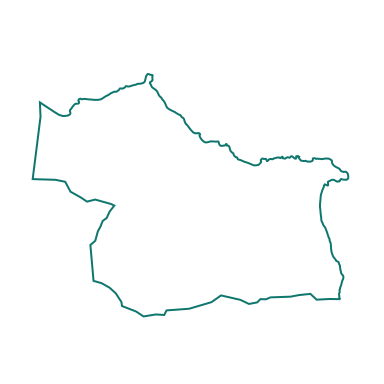 Anse Chastanet, Soufrière, Saint Lucia (Mercator projection), rotated 174°
{"feature_id": "8701671B43516735791505", "entity_name": "Anse Chastanet", "entity_type": "district", "adm_level": 2, "iso_a3": "LCA", "parent_name": "Saint Lucia", "parent_adm1": "Soufrière", "projection": "mercator", "projection_center": [-61.072, 13.864], "detail": "fine", "context": "isolated", "style": "outline", "palette": "teal", "viewbox_px": 384, "rotation_deg": 174, "n_neighbors": 0, "source": "geoboundaries", "source_scale": "gbopen_adm2", "svg_char_len": 5897}
<svg xmlns="http://www.w3.org/2000/svg" viewBox="0 0 384 384"><g transform="rotate(174 192 192)"><path d="M273.5,85.9L260.1,79.0L253.2,73.3L240.8,74.0L232.5,72.6L229.7,76.9L207.0,76.2L184.2,80.4L173.9,86.1L155.2,79.7L147.0,74.7L138.7,75.4L135.2,78.3L129.7,77.6L124.9,79.0L104.9,77.6L96.6,78.3L84.9,78.3L79.3,71.9L66.2,71.2L56.4,70.0L56.1,70.6L56.6,71.3L56.4,72.7L56.5,74.7L56.1,76.0L55.6,76.7L55.6,78.6L55.2,79.4L55.2,79.9L54.8,80.3L54.8,81.0L53.2,84.2L52.5,86.4L51.6,88.4L50.8,89.7L50.4,91.0L50.3,92.0L50.5,93.0L51.4,94.4L51.9,95.2L52.2,96.2L52.3,98.1L52.6,99.0L52.6,103.5L53.3,105.1L53.4,106.3L53.7,107.1L55.7,108.4L56.5,110.2L57.0,110.8L58.1,112.6L58.7,114.3L59.5,117.8L59.6,120.8L59.4,126.3L60.2,129.2L60.1,130.7L60.8,132.4L62.1,138.5L63.1,142.2L63.8,143.6L64.5,144.7L65.1,146.2L65.5,148.0L65.9,148.6L66.3,150.1L66.2,153.7L66.2,154.7L66.3,155.7L66.3,159.6L66.2,160.5L66.3,163.6L66.2,164.6L65.9,166.8L65.4,169.2L65.4,169.7L65.0,171.0L64.9,172.0L64.1,175.7L63.4,177.3L62.4,179.7L61.7,181.1L61.4,181.7L60.9,182.4L60.5,183.0L60.3,183.7L60.2,184.4L59.1,185.7L56.6,184.3L56.2,184.3L55.9,184.6L55.8,185.5L55.8,187.7L55.6,188.0L55.3,188.2L54.9,188.2L51.9,189.4L51.2,189.5L49.8,189.3L46.5,187.1L45.9,187.1L45.5,187.3L44.9,187.4L44.7,187.2L44.1,187.3L43.2,188.7L42.5,189.2L42.2,189.3L41.3,188.7L40.8,188.7L38.5,188.2L37.8,188.2L37.4,188.0L36.5,188.3L35.7,188.7L35.2,189.4L34.9,191.5L35.3,194.2L36.2,195.4L36.8,196.0L38.0,196.2L39.2,196.1L41.5,197.2L41.9,197.7L42.6,199.2L43.5,200.1L46.3,201.9L47.8,203.1L48.6,204.1L49.3,205.2L49.7,206.8L49.6,208.4L50.0,209.1L51.7,210.4L52.7,210.9L54.0,211.1L54.8,211.3L57.2,211.3L57.7,211.2L59.6,211.1L60.8,211.5L62.5,211.7L63.5,212.1L64.8,211.9L65.7,212.3L66.3,212.8L67.1,212.9L68.3,212.6L68.5,211.1L69.3,210.2L70.3,210.0L71.4,209.8L72.9,210.1L73.9,210.1L75.6,211.1L77.1,211.1L78.6,211.3L80.4,211.9L81.1,212.9L81.9,214.3L82.4,215.2L82.2,215.7L81.9,215.9L82.6,216.5L83.1,216.7L83.7,216.5L84.2,216.6L84.6,216.5L84.7,215.2L85.3,214.3L85.8,214.4L86.3,214.6L88.6,216.9L89.6,217.2L91.2,215.9L91.8,216.0L93.0,216.5L93.6,216.6L94.5,216.2L95.6,215.5L96.5,215.6L97.5,215.9L98.2,216.1L98.6,216.9L98.2,217.1L98.2,217.3L98.3,217.5L98.6,217.6L99.8,217.0L100.4,216.5L100.9,216.6L101.6,217.1L102.5,217.3L104.4,217.3L106.5,216.8L107.1,216.9L107.5,216.6L108.3,216.2L108.7,216.2L110.0,216.6L110.9,216.6L111.4,216.5L112.0,216.4L112.2,216.1L112.7,215.8L113.4,215.1L113.7,214.9L113.9,214.9L114.2,215.0L114.7,216.3L114.8,216.6L115.0,216.9L115.2,217.3L116.4,217.3L116.9,217.4L117.2,217.4L118.0,217.8L118.6,217.9L119.6,217.3L120.2,216.5L120.3,215.3L120.1,215.1L120.1,214.9L120.5,214.1L120.7,213.9L122.7,212.2L123.0,212.1L123.3,212.0L123.7,211.9L124.2,212.0L125.1,211.8L126.0,211.9L126.7,211.9L127.8,212.1L128.6,212.5L132.7,214.8L134.1,215.5L136.2,216.3L138.9,217.8L139.8,218.4L141.4,219.1L142.2,219.3L142.6,219.6L143.0,219.9L143.4,220.7L143.5,221.5L143.7,221.8L143.9,221.9L144.6,222.0L145.0,222.2L146.4,223.9L146.6,224.5L146.8,226.0L148.2,227.3L148.9,228.1L149.4,228.9L149.7,230.3L149.9,231.1L149.9,231.7L150.1,232.9L150.2,233.3L150.7,234.0L151.2,234.3L151.8,234.5L152.3,234.5L152.5,235.1L152.5,235.8L152.7,236.0L153.1,236.1L153.4,235.8L154.3,234.9L154.6,234.8L154.8,234.8L155.4,234.9L155.7,234.8L156.0,234.9L157.2,234.7L158.1,234.8L158.8,235.1L159.1,235.3L159.3,235.6L159.8,236.4L160.0,237.1L160.2,238.0L160.2,238.4L160.3,239.1L160.7,239.5L161.1,239.6L162.5,239.5L165.8,240.1L166.5,240.1L167.8,240.4L168.5,240.4L170.1,240.0L172.1,239.8L172.8,239.9L173.2,239.9L174.3,240.3L174.7,240.6L176.7,242.8L177.4,243.9L178.2,245.6L178.5,246.5L178.4,246.8L178.6,247.4L178.6,247.8L177.9,248.6L178.0,248.8L178.6,249.6L179.0,249.8L179.7,250.0L180.8,249.8L182.6,250.1L183.5,250.4L184.0,250.7L184.4,251.0L185.0,251.7L185.7,252.6L186.4,253.5L188.3,256.5L189.3,258.3L190.0,259.3L190.4,259.8L190.7,260.0L191.0,260.5L191.3,261.1L191.7,262.3L191.9,262.8L192.4,265.6L193.2,266.7L194.3,267.5L194.6,267.8L195.2,269.3L195.8,269.8L196.3,270.1L196.7,270.2L197.6,270.8L199.6,272.3L200.3,273.0L200.7,273.3L203.2,274.8L205.5,276.3L206.8,277.3L207.2,277.8L207.6,278.1L207.9,278.5L208.6,280.1L208.8,280.8L209.3,282.5L210.0,284.3L210.4,285.2L210.6,285.6L211.3,286.4L211.8,287.1L212.6,288.9L213.8,290.2L214.7,291.5L214.9,292.0L215.6,294.2L216.1,295.5L216.7,296.5L217.6,297.5L218.7,298.5L219.6,299.3L220.6,300.2L221.0,300.8L221.8,303.3L222.5,304.5L222.5,304.8L222.1,305.6L220.6,306.4L219.6,307.4L219.5,307.6L219.5,307.9L219.5,310.5L219.1,311.3L219.0,311.9L219.2,312.4L219.4,312.5L221.6,313.1L222.1,313.4L222.7,313.8L223.0,313.9L223.4,314.0L224.0,313.7L224.4,313.4L225.0,312.7L225.8,311.2L226.7,308.6L227.1,307.5L227.4,307.0L227.7,306.6L228.1,306.1L228.4,305.9L229.3,305.5L231.1,305.2L231.8,305.1L232.6,305.1L234.8,305.3L235.4,305.1L236.3,304.7L236.8,304.6L239.5,304.3L242.4,303.7L243.1,303.5L244.3,303.6L244.9,303.7L245.6,303.9L246.1,304.1L246.4,304.2L246.6,304.1L247.0,303.9L247.4,303.4L248.0,302.9L249.9,302.2L250.5,302.1L251.2,302.2L252.2,302.5L252.8,302.5L253.3,302.1L253.7,301.4L254.4,300.8L255.0,300.6L256.5,299.7L257.8,299.7L258.8,299.9L260.0,299.5L262.3,298.7L265.3,297.1L266.0,296.9L267.9,296.2L272.1,294.0L272.9,293.7L274.2,293.6L276.2,293.5L279.1,293.8L285.4,295.0L289.5,295.9L291.8,295.7L292.0,295.7L293.0,296.4L293.6,296.4L294.9,295.9L295.5,294.9L294.9,293.4L294.9,293.0L295.1,292.5L295.3,292.1L296.1,291.8L297.1,291.8L297.8,291.9L298.5,291.9L299.5,291.5L300.3,290.8L302.3,288.8L303.6,287.2L304.4,286.5L304.9,285.9L304.9,284.8L304.7,283.6L304.8,282.6L305.4,281.9L306.7,281.3L307.8,281.0L311.2,280.9L312.5,281.1L313.3,281.4L316.4,282.8L320.4,285.9L328.7,292.7L333.9,297.0L334.8,282.6L349.1,221.5L344.9,220.9L326.5,218.4L317.0,215.4L312.8,205.0L303.3,198.3L297.4,193.4L289.1,194.6L273.7,188.5L270.7,186.6L276.0,181.1L279.6,175.0L283.8,172.6L286.7,167.1L289.7,162.8L293.3,153.6L298.6,149.9L299.2,113.9L291.5,110.8L283.8,105.3L278.4,99.2L273.7,90.0L273.5,85.9Z" fill="none" stroke="#0f766e" stroke-width="2"/></g></svg>